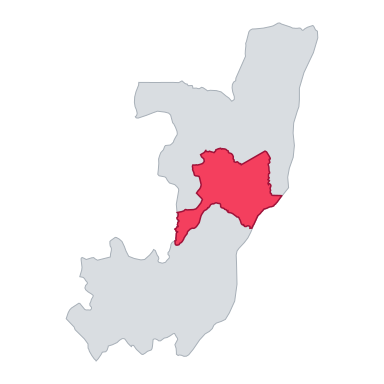 Cuvette highlighted on a map of Republic of the Congo
{"feature_id": "COG-3342", "entity_name": "Cuvette", "entity_type": "Region", "adm_level": 1, "iso_a3": "COG", "parent_name": "Republic of the Congo", "parent_adm1": "", "projection": "natural_earth1", "projection_center": [15.8, -0.78], "detail": "fine", "context": "in_parent", "style": "filled", "palette": "rose", "viewbox_px": 384, "rotation_deg": 0, "n_neighbors": 0, "source": "natural_earth", "source_scale": "10m", "svg_char_len": 9117}
<svg xmlns="http://www.w3.org/2000/svg" viewBox="0 0 384 384"><path d="M66.2,318.7L68.2,312.7L69.7,309.9L71.5,308.0L78.7,303.3L79.8,303.4L84.8,309.5L86.4,310.0L88.2,309.9L90.3,310.1L91.4,308.9L91.5,307.3L90.0,305.6L89.8,303.7L90.8,301.6L91.4,299.4L93.0,296.7L93.2,295.4L91.5,294.0L88.1,291.9L85.8,289.9L84.9,288.0L85.6,285.5L87.4,283.5L87.3,282.4L85.7,280.6L84.5,278.6L83.2,277.4L79.8,276.7L80.5,274.1L81.7,270.2L82.0,267.3L81.1,259.6L81.2,258.2L82.1,257.5L84.1,258.3L86.2,259.5L91.7,257.8L93.7,257.6L95.3,259.0L97.5,260.2L110.3,257.0L110.6,253.7L111.3,250.7L111.4,248.5L110.9,247.1L110.2,246.0L109.9,243.8L109.9,241.4L111.1,240.3L115.2,237.4L116.4,237.5L119.3,239.1L122.0,241.5L124.4,246.6L126.0,251.0L128.7,256.3L134.3,258.5L140.9,259.9L144.6,259.5L149.7,255.0L152.6,251.4L153.6,249.5L155.3,250.5L157.2,255.2L158.5,257.0L158.8,258.7L157.9,260.9L158.7,262.2L162.3,263.2L165.5,262.3L166.9,260.4L169.3,257.9L169.3,255.8L168.0,254.5L168.0,252.6L169.3,251.1L170.6,247.1L171.0,244.2L172.2,242.3L174.6,241.0L175.4,239.9L176.8,232.9L176.1,230.4L176.1,228.3L177.6,225.7L177.8,221.3L176.3,204.2L178.7,190.4L178.5,188.7L176.8,186.6L174.7,184.6L169.5,183.0L167.5,180.5L166.0,177.8L164.9,176.9L159.1,175.8L157.8,174.3L158.3,169.9L158.8,163.5L158.6,159.0L159.7,155.4L160.8,152.6L163.4,149.8L164.7,146.4L165.5,145.5L170.3,145.0L172.0,143.6L173.4,142.1L174.0,140.2L175.7,137.0L177.1,134.8L177.3,133.4L177.0,131.3L175.5,127.3L173.8,124.0L172.7,122.8L170.6,115.0L168.6,113.1L164.8,112.1L157.5,111.2L153.2,112.7L146.5,115.3L138.1,118.1L136.2,117.9L135.3,116.7L136.6,115.6L137.2,113.3L136.4,109.8L135.1,106.7L134.4,102.3L134.7,96.9L136.0,91.7L138.6,85.1L138.8,82.4L154.9,82.5L172.2,82.4L178.8,82.6L182.0,80.9L185.0,83.5L186.5,84.1L187.0,83.9L188.2,85.7L191.9,85.5L192.5,85.9L192.9,88.2L196.4,88.1L198.1,88.6L199.5,88.6L201.5,87.3L203.0,87.7L205.6,89.4L207.5,90.8L210.2,90.3L216.3,90.6L221.1,91.9L225.8,95.8L228.9,98.0L231.7,101.2L232.8,100.6L234.3,99.4L234.3,96.6L232.7,91.8L232.1,87.8L232.4,84.5L233.6,82.1L235.7,80.7L235.9,78.1L245.5,56.3L245.2,53.8L245.4,50.0L245.9,45.8L245.7,43.3L246.4,41.6L248.9,31.8L250.2,30.1L252.3,29.0L255.4,28.9L263.4,28.1L270.9,26.5L273.3,25.8L278.0,23.1L279.8,23.0L281.4,24.0L290.4,27.0L292.9,28.2L293.8,28.1L295.2,28.3L297.3,28.3L299.3,28.0L300.6,28.3L302.3,30.3L303.4,30.1L304.9,28.7L307.6,27.2L312.8,25.5L313.7,26.3L315.5,29.9L317.4,31.2L317.8,37.9L313.4,52.7L304.0,72.5L299.4,88.1L299.4,99.6L298.9,106.7L297.3,111.1L293.7,122.9L293.1,133.1L294.4,145.5L293.2,157.3L289.3,168.4L287.7,177.2L288.6,187.7L281.6,196.5L272.7,205.3L267.0,207.8L262.5,210.7L259.3,214.1L255.9,219.9L250.7,232.4L247.9,237.9L244.3,242.6L238.9,248.4L237.0,251.1L236.2,255.0L236.5,262.2L237.0,284.2L234.7,301.1L229.4,312.8L225.4,319.4L221.5,321.3L216.3,323.1L213.8,325.3L212.3,328.6L209.4,331.4L205.1,333.9L199.7,339.8L193.2,349.3L188.7,354.8L186.4,356.2L183.9,356.3L181.3,355.2L179.2,355.0L178.1,355.5L176.4,354.2L176.4,352.0L176.1,348.4L174.9,344.7L177.7,339.4L177.4,338.2L176.1,336.3L174.6,333.5L173.2,333.7L170.2,335.8L167.1,337.5L164.2,338.1L160.6,340.8L158.6,340.8L157.5,339.8L155.1,338.8L153.8,339.1L153.1,339.6L152.5,346.0L152.0,348.7L151.2,350.0L147.5,351.3L145.1,353.2L142.9,354.5L141.6,354.2L136.4,349.4L133.6,345.4L131.9,345.3L131.5,346.6L130.6,346.0L128.0,343.4L125.0,339.2L123.9,338.6L122.2,338.6L119.6,340.2L117.0,342.6L112.3,344.8L108.3,346.0L108.0,347.5L107.1,350.1L105.8,351.7L102.3,352.2L101.1,354.5L98.1,358.9L96.1,361.0L95.6,360.1L94.3,359.0L91.9,355.6L89.4,351.3L88.8,349.3L88.1,348.2L88.0,343.9L84.3,338.8L75.1,329.7L74.1,327.0L66.2,318.7Z" fill="#d9dde1" stroke="#a8b0b8" stroke-width="1"/><path d="M281.7,195.8L277.2,202.1L276.3,203.0L275.6,204.0L275.3,204.2L274.4,204.7L274.4,204.9L273.7,205.9L273.3,206.1L271.6,206.7L269.9,206.9L269.2,207.1L267.0,208.2L265.4,208.7L264.3,208.9L264.1,209.0L263.7,209.3L263.4,209.7L262.7,210.7L261.3,212.1L260.3,213.5L258.7,214.9L258.0,215.5L257.7,215.7L257.6,216.0L257.2,217.1L256.4,218.7L255.9,220.1L255.4,221.0L254.1,223.9L253.0,225.6L252.2,227.4L251.8,228.2L250.7,228.2L249.9,228.3L249.8,228.0L250.0,227.4L250.0,226.8L249.8,226.4L249.7,226.4L248.7,225.9L248.0,225.8L247.3,225.8L246.7,226.3L246.2,226.5L245.3,226.5L244.6,226.4L244.5,226.1L244.4,225.8L243.8,225.6L243.3,225.3L243.5,224.6L242.1,224.6L241.3,223.7L240.2,220.3L239.5,219.1L239.0,217.9L238.8,217.6L238.5,217.3L238.3,217.1L237.0,217.0L236.8,216.8L236.6,216.6L232.9,213.8L231.8,213.2L230.7,212.8L228.6,212.5L228.0,212.2L228.0,211.3L227.9,210.9L227.5,211.2L227.2,211.1L227.0,210.8L226.5,209.9L226.2,209.8L224.7,209.3L224.5,209.1L224.4,208.8L224.1,208.5L223.4,208.2L221.9,207.8L221.3,207.5L220.7,206.7L220.6,205.8L220.6,204.9L220.4,204.2L220.0,203.7L219.4,203.5L218.1,203.4L216.3,202.8L215.6,202.9L215.1,203.1L214.1,203.7L213.6,203.9L213.4,203.8L213.0,203.6L212.9,203.6L212.7,203.7L212.2,204.0L211.0,204.4L210.5,204.9L209.5,206.6L209.0,207.2L208.5,207.8L208.3,207.8L208.0,207.7L207.8,207.7L207.6,208.1L207.2,208.8L206.9,209.1L206.2,209.7L204.5,210.5L203.8,211.2L201.6,214.6L200.9,216.2L199.2,222.6L196.9,226.0L195.6,227.4L195.1,227.7L194.2,228.2L193.7,228.3L192.4,228.2L192.2,228.2L191.9,228.3L190.2,229.1L189.8,229.5L188.2,231.0L187.7,231.6L187.4,232.1L187.3,233.0L187.2,233.3L186.8,234.1L186.6,234.5L185.6,235.5L185.3,236.0L184.9,236.7L184.3,237.6L184.1,237.9L183.7,239.0L183.6,239.3L182.3,241.4L181.5,242.3L181.0,242.7L180.5,243.0L180.1,243.1L179.8,243.3L179.6,243.5L179.4,244.2L179.3,244.3L179.2,244.5L178.9,244.7L178.7,244.8L177.4,245.1L177.2,245.1L176.9,245.1L176.3,245.1L175.8,244.9L175.6,244.7L175.3,244.2L175.1,243.5L175.0,241.4L174.9,241.1L175.0,241.1L175.9,240.5L176.1,240.0L175.9,238.3L175.9,238.0L176.1,237.0L176.2,233.9L176.4,233.0L176.8,232.5L177.6,231.9L177.4,231.7L176.6,231.6L176.1,231.3L175.7,229.8L175.0,229.4L174.8,229.1L175.1,228.8L175.8,228.5L176.1,228.3L176.4,228.0L176.6,227.6L176.8,227.2L177.0,226.8L178.1,226.6L178.1,226.0L177.7,225.3L177.3,224.8L177.7,223.7L177.7,222.7L177.9,222.4L178.3,221.9L178.7,221.6L178.9,221.2L178.7,220.4L177.5,219.5L177.1,218.9L176.9,218.1L176.9,217.7L177.2,217.4L177.5,217.2L177.7,216.9L177.9,216.5L178.0,216.1L178.1,215.2L178.2,214.0L178.1,213.6L177.9,213.1L177.3,212.5L181.7,211.6L184.0,210.8L184.8,209.9L185.7,209.5L187.0,209.9L193.4,209.6L195.9,208.9L197.7,207.1L201.0,202.8L201.6,201.1L202.4,199.7L201.7,198.5L196.5,193.1L197.9,191.0L199.8,188.8L200.5,187.5L200.9,186.1L201.2,184.8L199.6,177.9L199.1,176.5L198.0,176.1L195.5,175.8L194.5,175.2L194.1,173.9L193.8,172.4L192.8,170.2L192.6,169.3L192.7,168.7L192.7,168.0L192.4,166.6L192.7,165.1L193.8,165.0L195.0,165.1L196.3,164.8L196.9,165.0L197.5,165.0L200.1,164.4L202.6,163.5L204.3,161.4L203.8,158.8L201.6,156.9L200.6,154.7L201.8,153.9L203.1,153.2L204.1,152.6L204.9,151.7L205.7,150.4L205.8,150.4L205.8,150.6L205.7,151.1L205.7,151.3L205.8,151.4L206.0,151.5L206.2,151.3L206.4,151.3L207.4,151.6L208.0,151.7L208.3,151.7L208.5,151.7L208.8,151.5L209.0,151.4L209.4,151.2L209.8,151.3L210.3,151.5L210.6,151.6L210.9,151.7L211.4,151.8L211.5,151.9L211.8,152.0L212.1,152.1L212.3,152.1L212.6,152.1L213.0,152.2L213.2,152.3L213.5,152.5L213.8,152.6L214.1,152.6L214.3,152.5L214.7,151.8L214.8,151.7L215.2,151.4L215.4,151.3L215.4,151.1L215.5,150.9L215.7,150.3L215.8,149.9L216.0,149.7L216.3,149.7L216.7,149.6L216.8,149.5L217.1,149.3L217.2,149.2L217.5,149.1L218.0,149.0L218.1,148.9L218.4,148.7L218.5,148.7L219.5,148.6L219.8,148.4L220.0,148.3L220.5,148.3L220.8,148.3L221.0,148.5L221.2,148.8L221.3,149.0L221.5,149.1L222.0,149.0L222.2,148.9L222.5,148.7L222.8,148.7L223.6,148.9L224.4,148.9L225.5,149.2L225.8,149.3L226.0,149.5L226.3,149.7L226.5,150.0L226.9,150.3L227.1,150.4L227.8,150.7L228.1,150.9L228.2,151.0L228.3,151.1L228.4,151.3L228.4,152.1L228.4,152.3L228.5,152.5L228.8,152.8L229.1,152.9L229.9,153.1L231.3,153.6L231.6,153.8L232.0,154.3L232.4,154.7L232.6,155.0L233.2,156.4L233.3,156.6L233.2,158.7L233.2,158.8L233.3,159.0L233.4,159.3L233.6,159.4L233.8,159.6L234.0,159.8L234.0,160.0L234.1,160.3L234.1,160.7L234.0,161.6L234.2,161.8L234.5,161.8L235.4,162.3L235.5,162.3L235.8,162.3L236.1,162.3L236.7,161.9L236.9,161.8L237.1,161.8L237.4,161.8L237.6,162.0L237.8,162.2L238.0,162.3L238.6,162.7L238.7,162.8L238.8,162.9L239.1,163.4L239.2,163.6L239.3,163.7L239.5,163.7L240.5,163.6L240.8,163.8L240.9,164.1L240.9,164.3L241.0,164.5L241.2,164.8L265.0,151.1L266.4,151.8L266.9,152.4L269.3,156.4L270.2,158.2L270.2,158.4L270.2,158.7L270.1,159.1L269.8,159.3L269.6,159.2L269.3,159.2L269.1,159.6L269.2,160.0L269.5,160.9L269.7,161.8L269.8,162.2L269.8,162.5L269.5,162.9L269.1,163.2L268.8,163.4L268.4,163.7L268.2,164.2L268.3,164.9L268.8,166.7L268.9,167.5L269.0,170.1L269.1,170.8L269.6,172.3L269.6,173.1L269.3,173.5L268.7,173.7L268.5,174.3L268.5,177.3L268.6,177.5L269.1,177.6L269.1,178.0L267.9,179.6L268.1,179.9L268.8,180.1L269.4,180.7L268.3,182.5L268.0,183.5L268.4,184.4L268.8,183.6L269.5,183.7L270.1,184.2L270.6,184.8L270.9,185.5L270.8,186.4L270.1,188.1L270.1,188.4L270.5,190.0L270.6,190.5L270.2,191.3L270.2,191.7L270.3,193.1L270.5,193.3L270.7,193.2L271.0,193.4L271.2,193.7L271.3,193.8L271.4,194.0L271.5,194.7L271.8,195.1L272.2,195.3L272.8,195.4L281.2,195.6L281.5,195.7L281.7,195.8L281.7,195.8Z" fill="#f43f5e" stroke="#9f1239" stroke-width="1.5"/></svg>